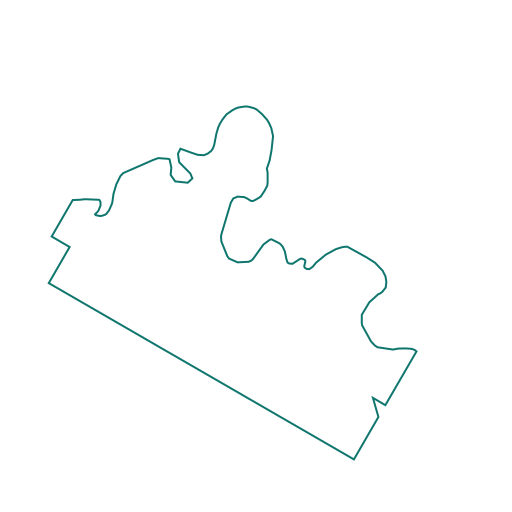 Love, Oklahoma, United States of America, rotated 210°
{"feature_id": "52423323B82795635342125", "entity_name": "Love", "entity_type": "district", "adm_level": 2, "iso_a3": "USA", "parent_name": "United States of America", "parent_adm1": "Oklahoma", "projection": "mercator", "projection_center": [-97.211, 33.894], "detail": "fine", "context": "isolated", "style": "outline", "palette": "teal", "viewbox_px": 512, "rotation_deg": 210, "n_neighbors": 0, "source": "geoboundaries", "source_scale": "gbopen_adm2", "svg_char_len": 1954}
<svg xmlns="http://www.w3.org/2000/svg" viewBox="0 0 512 512"><g transform="rotate(210 256 256)"><path d="M421.9,128.9L69.5,128.8L69.5,177.8L83.8,191.6L69.4,191.5L69.3,253.6L71.0,253.9L73.0,253.8L75.0,253.3L80.0,250.9L86.3,247.1L90.7,243.4L94.3,242.0L105.2,237.7L108.8,238.0L113.8,239.6L115.3,240.5L129.4,249.0L130.8,250.7L135.0,258.0L134.7,272.7L131.0,284.1L129.9,285.4L128.7,288.1L127.9,293.6L130.2,298.8L133.7,303.1L139.0,306.6L149.6,309.7L159.2,310.1L181.5,309.7L184.0,308.2L185.9,306.6L190.1,302.1L196.2,292.1L200.6,280.4L201.5,275.1L203.2,271.3L205.4,270.2L207.6,270.2L208.6,270.6L209.2,271.5L210.6,276.2L211.7,277.0L214.1,276.9L215.5,276.4L216.4,275.5L220.5,267.5L223.5,266.1L225.4,266.1L228.4,268.8L233.3,274.4L237.4,277.3L239.7,278.2L242.0,278.7L250.8,278.2L251.4,277.9L252.3,276.7L255.3,269.7L257.1,251.6L257.8,249.6L259.5,247.3L268.8,241.3L278.1,240.3L280.9,241.6L293.3,251.3L296.0,255.3L296.8,257.4L304.5,289.7L304.4,294.6L301.5,298.3L295.7,301.1L292.8,301.4L288.4,301.2L287.1,301.5L286.1,302.2L284.8,304.0L282.5,308.0L281.6,310.1L281.2,316.6L281.4,322.5L282.7,325.5L287.7,334.1L290.3,337.1L291.9,345.3L295.4,355.3L301.2,368.4L306.6,374.3L311.4,377.8L314.8,379.6L321.8,381.9L328.7,383.2L331.6,383.0L336.3,381.8L338.9,380.8L341.5,379.1L345.9,375.4L347.7,373.1L349.5,370.1L352.4,363.8L353.3,357.2L353.4,352.3L353.0,348.4L351.5,342.2L347.8,331.5L347.1,327.8L347.3,324.7L348.9,320.7L351.4,317.3L357.0,314.5L363.3,313.2L375.1,311.1L374.7,305.5L369.4,298.8L354.1,294.6L349.9,291.4L351.8,285.3L363.3,280.2L370.5,283.6L373.5,290.2L379.2,296.5L380.7,296.2L389.6,291.9L393.2,287.6L412.4,261.5L413.4,257.5L412.8,248.3L410.5,238.6L407.4,231.0L406.8,228.8L406.1,221.9L406.6,217.9L407.2,216.5L409.3,214.0L411.1,212.6L415.0,211.3L416.1,211.5L416.1,212.2L415.4,214.6L415.1,216.5L415.9,222.0L417.6,224.9L419.4,226.2L420.2,226.1L432.3,219.8L436.9,216.5L442.7,212.8L442.7,170.7L421.9,170.6L421.9,128.9Z" fill="none" stroke="#0f766e" stroke-width="2"/></g></svg>